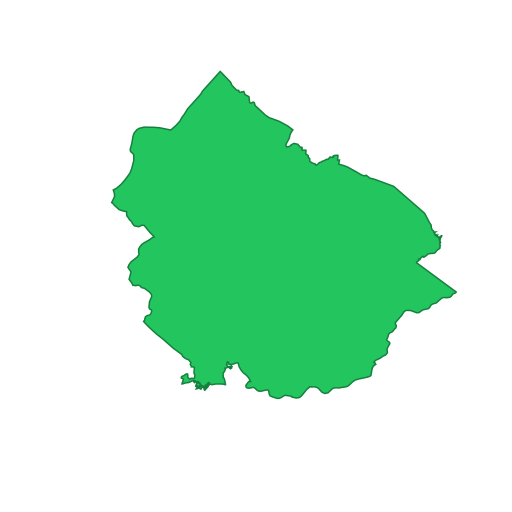 Remolino, Magdalena, Colombia (Natural Earth projection), rotated 42°
{"feature_id": "7082276B2618998543770", "entity_name": "Remolino", "entity_type": "district", "adm_level": 2, "iso_a3": "COL", "parent_name": "Colombia", "parent_adm1": "Magdalena", "projection": "natural_earth1", "projection_center": [-74.562, 10.638], "detail": "fine", "context": "isolated", "style": "filled", "palette": "green", "viewbox_px": 512, "rotation_deg": 42, "n_neighbors": 0, "source": "geoboundaries", "source_scale": "gbopen_adm2", "svg_char_len": 6155}
<svg xmlns="http://www.w3.org/2000/svg" viewBox="0 0 512 512"><g transform="rotate(42 256 256)"><path d="M83.7,239.4L83.0,241.9L83.1,245.6L83.5,247.3L84.9,250.0L88.6,255.8L90.9,260.5L91.7,261.5L93.0,262.3L96.6,262.3L97.6,262.8L101.2,266.7L105.1,274.1L106.9,279.0L107.7,287.1L107.8,292.9L107.3,297.2L106.9,299.4L105.7,302.4L108.8,304.2L111.1,306.4L113.0,312.9L114.6,312.7L117.2,313.1L123.3,313.1L127.1,311.5L130.1,309.7L132.8,312.3L133.9,312.9L135.1,312.9L137.7,313.7L140.4,313.7L142.3,314.5L145.4,315.0L149.3,312.7L150.7,309.4L152.4,308.1L160.9,309.4L167.6,309.9L166.8,311.3L165.8,315.8L163.9,321.4L163.4,323.8L163.5,326.4L164.1,329.3L166.5,332.0L167.4,332.3L168.2,333.7L168.4,336.4L167.1,343.8L167.4,347.3L168.4,350.1L173.8,351.5L177.3,358.3L181.8,359.2L184.2,360.2L185.4,359.1L186.6,358.5L187.6,356.8L189.4,355.8L192.0,356.1L194.7,354.7L200.4,354.1L202.3,354.2L204.3,354.7L205.7,356.1L207.4,361.2L210.7,365.7L212.3,366.6L214.5,366.0L215.7,367.3L216.4,369.2L216.5,370.9L215.0,373.1L214.5,375.1L215.4,377.1L216.4,378.4L216.1,379.7L217.0,380.0L224.1,380.5L234.1,380.6L243.0,380.0L256.4,379.9L267.2,378.8L268.3,379.6L270.4,379.6L272.6,379.3L275.4,378.2L278.9,378.7L279.8,380.7L281.3,381.0L282.1,381.7L283.7,380.3L284.8,380.1L288.1,384.4L290.6,385.6L291.9,387.9L291.6,388.7L289.8,390.1L288.8,391.9L286.5,391.8L284.9,390.0L284.1,389.5L283.4,389.9L282.9,390.9L282.4,393.4L281.7,394.4L281.4,395.5L281.7,396.2L282.4,396.7L283.4,396.1L284.6,396.2L286.5,400.6L287.3,399.8L288.4,397.7L290.7,395.0L292.5,390.9L293.5,390.8L294.4,391.3L295.7,391.1L293.2,390.6L293.2,390.1L294.0,389.5L294.9,390.1L295.6,389.7L296.7,388.1L297.1,388.1L296.3,389.1L298.8,387.9L300.1,388.3L299.9,388.6L298.0,388.9L297.0,390.3L298.4,393.2L298.9,393.0L299.4,391.5L300.3,392.4L301.0,392.0L300.3,393.1L300.5,394.7L301.4,393.5L300.8,388.8L304.1,388.2L303.9,388.9L302.2,389.1L301.8,390.7L302.2,391.5L302.1,392.3L304.2,391.8L303.6,389.4L304.6,389.0L305.1,389.1L305.3,388.7L305.7,388.9L305.8,388.1L307.0,386.9L305.9,387.7L305.6,388.5L304.8,387.8L305.1,387.1L304.8,384.7L305.1,385.4L306.2,386.5L307.1,385.5L306.4,386.0L305.6,385.5L305.6,382.5L305.2,382.6L305.6,381.5L306.1,381.6L306.5,384.4L307.4,385.5L307.2,387.5L306.9,387.9L307.2,388.1L307.0,390.0L307.8,390.0L307.8,389.6L307.2,389.6L307.3,389.2L307.6,389.4L307.8,387.9L307.8,385.4L307.4,383.7L307.7,381.9L308.3,381.4L309.3,381.2L311.7,378.1L314.4,375.6L317.4,373.1L319.2,372.3L319.4,372.0L318.6,371.3L315.0,368.7L313.5,368.1L312.8,368.2L312.0,367.1L310.5,365.8L310.0,364.7L309.8,362.8L309.4,361.6L308.9,360.7L307.9,360.2L308.8,359.2L309.4,357.7L311.3,356.2L311.7,356.3L311.6,356.9L312.5,356.9L312.8,355.6L312.3,355.4L312.3,354.2L311.4,354.1L310.7,355.8L309.5,356.7L307.5,356.9L306.7,356.1L307.2,355.1L306.5,355.7L306.2,355.5L305.8,354.5L305.8,353.6L306.9,353.5L308.4,354.6L309.1,354.3L309.0,354.1L310.2,353.2L311.9,350.8L312.8,348.6L314.3,347.5L317.8,349.7L321.7,350.9L324.8,351.3L329.0,351.0L332.3,351.5L336.0,352.9L334.7,353.8L334.7,356.0L335.1,359.0L336.7,360.2L337.9,359.9L339.5,358.7L341.7,355.7L342.7,355.0L347.3,355.0L348.7,354.4L350.3,353.0L353.4,348.6L354.6,347.6L355.3,347.6L358.8,350.1L360.1,350.5L362.5,349.7L366.9,347.7L368.5,346.3L369.5,344.2L370.1,341.6L370.9,340.0L374.8,337.4L376.5,336.5L377.0,336.8L379.3,335.6L380.9,334.6L382.6,332.7L383.2,331.2L383.4,328.9L383.0,321.2L383.5,318.1L383.2,317.7L383.5,317.1L384.4,316.6L384.6,316.1L385.0,316.1L387.2,313.9L389.6,312.8L391.0,312.6L396.0,313.1L399.1,312.2L401.1,309.4L401.6,303.3L402.4,301.7L404.3,299.8L405.6,298.9L410.7,292.6L411.6,290.3L412.0,284.7L412.7,281.8L414.6,278.7L419.7,271.7L421.2,269.1L421.3,267.8L418.1,262.7L417.1,260.5L417.0,258.3L417.5,256.3L415.7,255.8L414.8,256.1L414.6,254.9L414.8,253.2L416.6,249.1L417.4,245.4L418.3,243.4L418.6,242.1L418.5,240.5L418.1,239.6L415.9,237.8L415.1,236.1L414.1,231.6L413.0,230.8L410.3,231.2L409.2,230.9L408.2,227.9L407.0,225.6L406.9,223.7L408.1,220.8L407.8,218.5L408.0,215.9L407.3,214.2L405.9,213.4L405.0,213.3L404.2,212.3L404.0,202.8L403.3,198.0L403.7,196.7L404.5,195.4L407.5,193.0L413.5,190.6L415.0,189.0L416.0,184.4L419.4,179.7L419.5,178.1L418.9,175.2L419.3,173.7L421.4,170.1L422.2,163.1L423.0,161.6L426.3,158.7L427.7,156.9L428.0,155.0L427.7,152.4L429.0,149.9L429.0,149.2L428.9,148.8L379.8,153.6L379.5,152.3L379.9,151.1L379.4,150.2L379.5,149.5L379.1,149.3L379.4,149.0L379.9,149.1L380.1,149.6L380.3,149.3L379.8,147.5L380.1,144.9L380.4,144.4L381.3,144.7L381.7,144.2L382.4,141.3L382.4,139.6L383.9,137.5L386.4,134.9L386.9,133.5L386.7,130.7L387.5,127.4L386.9,127.1L387.0,126.5L386.1,125.5L386.0,124.9L385.7,124.6L385.8,124.1L385.4,124.8L384.9,124.6L384.4,124.1L384.2,122.5L383.3,122.1L383.1,122.4L382.9,121.8L382.1,121.5L382.1,120.9L381.5,121.1L381.4,120.3L380.8,120.5L381.1,118.9L380.5,116.1L379.4,120.1L378.4,119.9L377.5,120.5L377.1,119.3L376.7,120.1L375.6,120.4L375.6,120.0L375.2,120.6L374.8,120.0L373.8,119.9L373.6,119.5L373.1,119.8L372.7,119.5L372.8,119.1L373.1,119.0L373.3,118.1L372.3,119.1L370.9,118.6L369.4,118.7L367.6,117.8L365.4,115.8L362.6,115.1L352.7,111.4L311.7,112.1L292.2,119.9L288.6,121.9L283.8,122.3L283.1,123.7L281.0,124.9L264.9,128.5L260.8,130.0L256.1,132.4L253.8,128.8L252.4,130.1L249.8,126.6L249.3,126.4L247.2,128.6L246.5,129.8L246.7,130.8L247.3,131.0L246.5,131.9L244.8,132.8L244.9,136.1L243.9,136.6L242.7,139.9L241.7,141.5L241.5,142.7L240.5,144.5L240.6,146.1L240.0,148.4L238.8,148.3L238.4,148.0L235.3,149.3L232.6,149.7L230.9,147.8L228.6,147.5L227.7,146.5L224.5,146.8L222.5,144.0L221.9,144.2L219.6,146.4L218.4,145.9L218.4,145.3L217.5,144.5L216.0,145.5L212.3,145.0L208.9,146.9L207.7,149.9L207.9,150.9L207.1,152.9L205.9,154.3L204.3,154.0L203.4,152.4L201.9,146.0L200.4,143.7L199.4,140.8L199.0,137.6L192.6,138.1L183.1,140.4L173.2,144.4L168.7,145.0L155.8,144.8L154.6,144.7L152.2,143.2L151.6,143.2L150.9,143.5L150.0,145.7L149.2,146.3L148.5,146.1L144.1,142.3L139.9,143.4L136.8,141.9L136.3,143.1L135.6,143.4L134.9,144.8L134.1,145.4L132.3,144.5L131.3,145.4L130.2,145.7L124.0,145.3L120.7,143.8L105.9,142.8L105.9,169.4L106.5,171.8L106.7,174.7L106.7,192.2L107.9,198.9L108.2,202.6L109.2,206.7L109.2,212.4L108.4,219.4L98.7,225.1L94.6,228.2L86.6,235.1L83.7,239.4Z" fill="#22c55e" stroke="#15803d" stroke-width="1.5"/></g></svg>